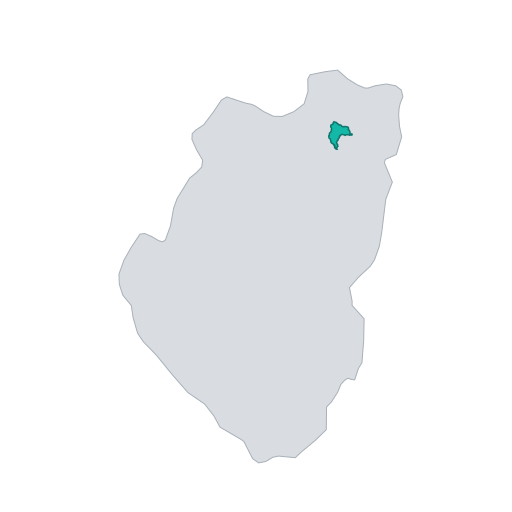 Khaling, Tashigang, Bhutan (highlighted), rotated 284°
{"feature_id": "84629894B48519884864464", "entity_name": "Khaling", "entity_type": "district", "adm_level": 2, "iso_a3": "BTN", "parent_name": "Bhutan", "parent_adm1": "Tashigang", "projection": "equal_earth", "projection_center": [91.565, 27.177], "detail": "fine", "context": "in_parent", "style": "filled", "palette": "teal", "viewbox_px": 512, "rotation_deg": 284, "n_neighbors": 0, "source": "geoboundaries", "source_scale": "gbopen_adm2", "svg_char_len": 5584}
<svg xmlns="http://www.w3.org/2000/svg" viewBox="0 0 512 512"><g transform="rotate(284 256 256)"><path d="M402.1,215.3L401.4,218.9L398.0,228.5L395.8,239.0L397.7,247.6L405.2,257.8L415.4,265.9L428.3,266.6L440.3,263.4L445.0,264.7L451.5,278.4L456.1,290.2L449.9,302.4L446.5,313.1L445.3,320.7L446.0,324.0L449.9,330.2L454.4,340.7L455.0,350.4L452.2,356.8L446.0,360.0L439.5,359.0L434.1,359.1L427.3,360.3L416.7,363.8L406.9,368.5L388.4,367.6L381.0,358.1L377.5,358.0L360.7,370.4L342.4,368.2L309.1,372.3L295.2,373.3L280.9,371.9L273.6,369.3L260.2,360.6L248.0,354.3L235.6,360.1L231.3,361.2L221.2,376.1L199.7,381.0L178.1,384.6L171.8,382.6L159.7,381.7L159.3,378.2L159.7,374.8L156.9,372.1L152.0,369.4L143.6,368.2L132.7,364.5L126.5,361.0L104.5,366.2L91.7,358.3L77.1,347.6L69.8,342.9L67.3,326.2L64.7,320.9L59.0,315.2L55.9,308.6L58.5,301.8L73.1,289.1L74.3,286.2L81.2,262.5L90.6,253.9L99.9,242.0L107.0,223.0L120.5,203.6L135.4,183.7L145.6,167.4L152.3,159.9L166.2,151.8L177.8,147.0L185.8,136.2L195.5,130.2L205.4,127.4L220.1,128.9L234.0,132.8L249.1,138.1L250.9,142.5L249.6,150.2L247.3,158.0L247.2,162.0L249.6,164.2L264.4,165.7L282.6,164.5L292.9,165.6L315.6,172.8L322.3,177.9L329.2,181.8L336.0,181.1L344.6,172.7L353.7,165.6L359.3,164.5L363.3,166.8L370.6,173.5L385.6,179.9L399.0,184.7L403.3,189.2L401.8,208.7L402.1,215.3Z" fill="#d9dde1" stroke="#a8b0b8" stroke-width="1"/><path d="M389.4,297.8L388.9,298.0L388.5,298.2L387.9,298.6L387.8,298.9L387.8,299.1L387.7,299.4L387.6,299.7L387.3,299.9L387.0,300.0L386.7,300.2L386.4,300.4L386.1,300.5L385.9,300.6L385.7,300.7L385.5,300.9L385.0,301.1L384.8,301.0L384.5,301.4L384.4,301.4L384.2,301.6L384.0,301.8L383.8,302.3L383.7,302.5L383.6,302.8L383.6,303.2L383.6,303.3L383.5,303.5L383.4,303.7L383.2,304.0L382.9,304.2L383.0,304.3L383.0,304.5L382.9,304.6L382.9,304.9L382.9,305.0L382.7,305.2L382.5,305.5L382.4,305.4L382.4,305.2L382.2,305.1L382.0,305.3L382.0,305.5L381.9,305.6L381.7,305.7L381.7,305.9L381.6,306.0L381.4,305.9L381.3,306.0L381.2,306.1L380.9,305.9L380.7,305.8L380.4,306.0L380.2,306.1L380.0,306.4L379.9,306.6L379.7,306.7L379.6,306.9L379.4,307.2L379.4,307.4L379.4,307.6L379.1,307.9L379.1,308.1L379.1,308.5L379.2,308.8L379.5,308.5L379.6,308.4L379.8,308.3L380.0,308.1L380.3,308.0L380.4,307.9L380.4,308.0L380.6,308.2L380.8,308.3L381.0,308.4L381.6,308.5L381.8,308.5L382.1,308.7L382.2,308.9L382.4,308.9L382.6,308.7L382.8,308.5L383.1,308.5L383.3,308.4L383.6,308.3L383.8,308.2L384.0,308.1L384.1,307.9L384.4,307.5L384.4,307.3L384.5,307.2L384.8,307.1L385.0,307.1L385.3,306.9L385.5,306.7L386.0,306.6L386.3,306.6L386.5,306.8L386.9,306.9L387.1,306.9L387.4,306.9L387.5,307.0L387.9,307.2L387.9,307.3L388.0,307.4L388.2,307.5L388.3,307.6L388.5,307.6L388.8,307.5L389.0,307.5L389.2,307.4L389.3,307.4L389.5,307.4L389.8,307.6L390.0,307.7L390.1,307.8L390.6,308.0L391.3,308.2L391.6,308.2L391.9,308.1L392.0,308.1L392.2,307.9L392.3,307.9L392.5,307.9L392.6,308.0L392.8,308.1L393.0,308.2L393.0,308.3L393.1,308.5L393.1,308.8L393.4,308.9L393.7,309.0L393.8,309.0L394.0,309.1L394.3,309.3L394.4,309.5L394.5,309.6L394.7,309.8L394.9,310.0L394.9,310.5L394.8,311.0L394.8,311.3L394.8,311.6L394.9,311.9L394.9,312.1L394.9,312.4L394.8,312.7L394.7,312.8L394.7,313.0L394.6,313.3L394.6,313.5L394.9,313.7L395.0,313.7L395.2,313.9L395.3,314.0L395.4,314.3L395.6,314.5L395.8,315.2L395.8,315.4L395.8,315.5L395.9,315.8L395.9,316.0L396.0,316.1L396.0,316.3L396.0,316.9L396.0,317.0L395.9,317.1L395.9,317.4L395.8,317.5L395.9,317.8L396.0,317.9L396.1,318.1L396.3,318.4L396.4,318.5L396.5,318.8L396.4,319.0L396.4,319.3L396.5,319.4L396.5,319.5L396.6,319.8L396.8,319.9L397.1,319.8L397.4,319.8L397.4,319.6L397.3,319.3L397.3,319.2L397.4,318.9L397.4,318.7L397.6,318.6L397.6,318.3L397.5,318.2L397.4,317.9L397.5,317.8L397.7,317.6L397.8,317.4L398.1,317.3L398.3,317.2L398.6,317.3L398.8,317.3L398.9,317.2L399.1,317.2L399.3,317.1L399.7,316.8L399.8,316.7L400.0,316.4L400.1,316.2L400.3,316.1L400.5,316.0L400.6,315.9L400.8,315.5L400.9,315.4L400.9,315.0L401.2,315.0L401.3,315.0L401.5,315.1L401.9,315.0L402.6,314.8L402.7,314.7L402.9,314.5L403.1,314.3L403.2,314.0L403.3,313.8L403.3,313.6L403.3,313.4L403.4,313.1L403.4,312.9L403.3,312.5L403.3,312.3L403.3,312.2L403.2,312.1L403.2,311.9L403.2,311.7L403.2,311.4L403.1,311.1L403.1,310.8L403.1,310.7L402.9,310.3L402.7,310.1L402.7,309.8L402.6,309.7L402.6,309.4L402.6,309.2L402.5,308.9L402.5,308.7L402.4,308.6L402.4,308.3L402.5,308.1L402.6,307.8L402.8,307.7L403.1,307.4L403.2,307.2L403.3,307.1L403.4,306.9L403.5,306.7L403.4,306.5L403.5,306.4L403.5,306.2L403.5,305.9L403.4,305.8L403.4,305.7L403.4,305.3L403.4,305.2L403.5,305.1L403.5,304.9L403.3,304.6L403.4,304.4L403.6,304.3L403.8,304.1L403.9,303.9L404.0,303.7L404.1,303.4L404.1,303.2L404.3,302.9L404.2,302.8L404.3,302.7L404.4,302.3L404.4,302.2L404.6,302.1L404.8,301.9L405.0,301.6L405.0,301.3L404.9,301.2L405.0,300.9L405.0,300.7L405.0,300.3L405.0,300.2L405.0,299.9L405.1,299.6L405.2,299.3L405.2,299.2L404.8,299.0L404.3,298.8L404.1,298.8L403.9,298.8L403.8,298.7L403.7,298.7L403.4,298.7L403.1,298.7L402.9,298.7L402.7,298.8L402.6,298.7L402.4,298.4L402.3,298.2L402.2,298.1L401.9,298.0L401.6,297.6L401.5,297.4L401.2,297.1L400.7,297.1L400.2,297.0L399.8,297.2L399.4,297.5L399.1,297.5L398.9,297.6L398.8,297.9L398.4,298.4L398.2,298.5L397.7,298.5L397.4,298.6L397.0,298.6L396.8,298.7L396.6,298.7L396.4,298.6L396.1,298.8L395.9,298.8L395.6,298.7L395.4,298.7L395.2,298.7L394.8,298.6L394.6,298.6L394.4,298.6L394.0,298.3L393.7,298.0L393.6,297.9L393.2,297.7L392.8,297.6L392.5,297.7L392.2,297.7L391.4,297.8L391.0,297.9L390.8,297.9L390.7,297.9L390.5,297.7L390.3,297.7L390.1,297.5L389.7,297.6L389.4,297.8Z" fill="#14b8a6" stroke="#0f766e" stroke-width="1.5"/></g></svg>